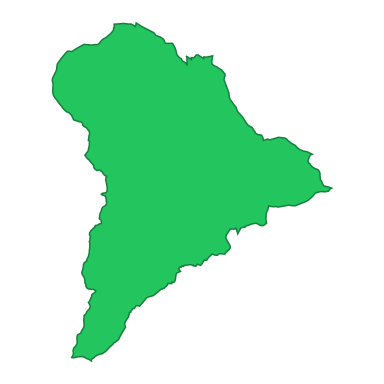 Toplita, Harghita, Romania (Equal Earth projection)
{"feature_id": "2599482B58204305263663", "entity_name": "Toplita", "entity_type": "district", "adm_level": 2, "iso_a3": "ROU", "parent_name": "Romania", "parent_adm1": "Harghita", "projection": "equal_earth", "projection_center": [25.313, 46.98], "detail": "fine", "context": "isolated", "style": "filled", "palette": "green", "viewbox_px": 384, "rotation_deg": 0, "n_neighbors": 0, "source": "geoboundaries", "source_scale": "gbopen_adm2", "svg_char_len": 5841}
<svg xmlns="http://www.w3.org/2000/svg" viewBox="0 0 384 384"><path d="M91.4,361.0L91.3,360.1L91.9,358.9L93.4,358.2L94.9,356.8L96.9,355.3L99.2,354.4L102.5,353.6L105.1,351.8L106.7,350.5L107.1,349.7L108.2,348.8L109.4,347.3L112.9,344.4L113.8,342.9L114.8,342.6L118.7,339.4L119.5,337.5L123.4,330.5L125.5,327.3L124.5,323.4L124.6,323.1L125.0,322.7L125.8,320.9L127.5,318.3L128.6,317.0L128.6,315.8L129.2,314.5L129.3,312.6L130.7,312.4L130.7,311.8L131.4,310.5L133.0,308.5L134.4,308.5L135.8,305.9L137.4,305.6L139.5,306.2L144.5,300.5L146.2,298.2L148.0,297.1L153.3,295.6L156.1,293.5L160.8,289.4L163.8,288.6L164.3,288.2L164.4,287.6L164.6,287.4L166.3,286.5L167.6,284.7L167.7,283.6L171.9,283.5L172.0,282.1L173.7,282.3L174.6,281.8L175.4,279.6L175.7,276.5L176.1,274.6L176.6,273.1L180.5,271.4L178.8,269.2L179.5,267.2L180.1,267.0L181.2,267.3L181.6,267.0L182.3,265.8L183.5,266.3L183.6,265.8L183.9,265.8L184.0,265.5L189.9,264.7L191.6,264.8L193.3,265.8L193.7,265.4L194.2,265.9L195.5,266.3L196.3,265.8L197.4,264.2L200.5,265.4L201.4,264.5L203.6,261.4L203.6,260.9L203.9,260.2L204.2,260.0L204.4,260.3L206.5,260.2L206.8,259.7L207.0,259.8L208.6,257.4L210.4,255.7L210.8,255.7L211.1,254.9L211.7,254.3L213.0,254.2L214.5,255.0L217.2,255.4L218.6,254.1L219.4,253.7L224.8,254.1L225.7,253.0L225.9,252.4L227.1,251.7L227.3,251.2L229.2,249.6L230.1,248.1L230.3,247.0L229.6,244.9L226.8,240.1L225.7,237.4L226.4,235.5L226.3,234.7L227.9,233.0L228.7,231.1L229.6,230.3L230.1,229.0L234.9,229.1L235.9,228.2L236.6,229.3L237.0,231.6L237.5,232.5L237.8,233.8L239.7,230.0L240.1,229.6L240.3,228.6L241.4,227.7L242.6,227.3L244.4,227.3L245.7,226.8L246.0,226.0L246.7,225.7L247.8,225.5L251.8,223.9L253.7,223.7L255.2,223.3L256.4,223.3L260.5,225.5L262.1,225.7L263.6,225.5L266.6,223.1L265.9,220.0L266.2,213.1L267.8,209.7L268.7,205.8L271.5,206.5L274.3,206.8L275.9,206.4L277.5,207.0L278.7,207.0L289.4,205.0L290.9,205.6L293.8,205.8L295.5,205.7L304.8,202.0L308.3,200.2L312.1,196.9L315.4,193.0L319.7,191.8L321.4,191.6L325.1,191.8L328.4,191.2L329.3,190.3L330.0,189.0L331.7,188.2L328.3,186.9L326.9,186.7L323.7,185.8L322.8,184.3L321.4,180.8L320.3,179.9L320.4,179.6L320.0,175.4L320.0,173.2L318.6,170.2L318.2,169.8L314.4,168.3L312.4,167.0L310.5,164.9L310.1,163.9L308.4,162.8L308.0,161.5L308.1,160.8L309.4,156.5L310.1,155.4L311.1,154.6L312.2,154.2L307.0,151.7L303.0,151.0L299.0,149.1L297.3,147.7L295.3,145.4L291.0,143.1L289.5,141.6L289.1,141.5L287.4,140.0L287.0,139.3L284.9,138.0L278.5,137.3L272.2,139.2L269.4,139.8L267.3,139.0L266.7,139.5L263.5,140.4L262.8,138.5L263.1,138.3L262.3,136.4L261.4,135.0L258.3,134.8L255.1,132.9L255.0,131.7L253.6,130.0L252.3,127.6L248.7,125.6L247.6,124.7L245.6,121.9L242.7,117.2L237.5,111.4L235.9,107.0L233.8,104.6L230.5,99.9L229.3,97.3L229.3,96.1L228.9,94.3L228.9,92.8L224.0,79.8L224.5,76.9L225.1,76.0L224.9,74.9L225.0,74.0L224.2,73.1L223.4,72.6L223.3,72.0L222.0,70.7L222.0,70.2L219.1,68.5L218.5,68.4L218.0,67.6L216.8,66.8L214.5,65.9L212.3,64.4L211.9,63.4L211.8,61.9L212.3,57.7L212.7,56.1L212.7,55.8L208.5,56.8L205.7,57.2L204.0,56.8L203.7,58.5L198.1,55.0L196.4,54.9L193.9,57.7L191.2,57.6L191.4,59.7L186.1,55.9L186.9,57.3L187.2,65.5L185.7,62.9L183.1,61.4L181.9,60.1L181.3,58.6L179.7,57.8L177.9,56.0L176.9,54.6L176.1,51.1L175.0,47.7L172.6,43.5L171.9,43.3L165.7,43.4L164.8,42.5L164.1,40.0L162.7,38.6L160.4,37.1L156.2,35.6L155.4,34.9L154.5,33.4L153.6,32.6L141.9,26.6L136.2,23.0L135.5,26.4L134.9,26.4L134.2,25.7L131.1,24.0L128.7,24.1L123.5,23.4L121.1,23.7L114.1,24.2L114.3,25.4L114.2,26.9L113.6,28.0L113.5,29.8L112.9,31.0L110.5,33.7L105.8,37.7L103.5,38.9L102.4,39.7L100.9,41.2L99.1,43.5L98.1,44.2L96.7,44.7L94.8,44.5L92.0,45.1L83.9,44.4L76.5,48.5L72.0,51.4L70.8,51.5L69.2,51.1L67.4,51.3L65.8,52.9L61.0,58.7L57.5,63.7L57.1,65.1L56.6,69.2L56.1,71.0L52.7,77.8L52.3,79.5L52.3,80.5L53.1,84.3L52.7,91.2L53.2,94.6L54.1,96.5L55.4,98.4L56.2,99.3L59.7,104.2L61.5,106.1L62.5,107.7L64.0,109.5L66.6,111.8L68.3,112.4L69.4,113.1L71.7,115.4L73.4,119.4L74.5,120.4L75.4,120.4L79.2,121.7L80.5,121.8L81.3,122.1L82.2,122.9L82.6,123.8L82.8,125.3L84.0,126.5L86.2,127.5L88.8,130.7L89.3,131.8L89.6,133.0L89.5,134.3L89.0,135.6L88.7,138.3L88.3,140.3L89.2,141.1L89.4,141.6L89.3,145.4L88.5,148.7L88.4,150.0L87.9,151.2L84.9,155.2L87.3,158.5L89.1,160.0L90.5,161.9L93.6,165.4L93.9,166.0L93.7,167.0L94.0,167.9L94.9,169.1L96.6,170.4L97.7,170.5L99.3,170.0L99.8,170.1L102.1,171.9L102.6,172.5L103.1,173.6L105.1,175.7L106.7,176.3L105.8,178.3L105.7,180.0L106.1,181.4L106.1,182.2L106.7,183.9L106.6,184.9L107.1,186.3L107.2,188.4L107.0,191.5L105.8,192.8L103.1,193.1L101.8,193.7L101.3,194.2L102.0,194.9L105.3,196.0L106.0,197.8L106.0,198.8L106.3,199.7L106.2,200.7L106.7,203.0L106.2,204.5L105.2,205.7L103.1,206.9L102.6,207.5L101.8,208.8L101.0,211.8L100.3,212.8L99.6,215.6L99.6,217.0L99.3,218.0L99.4,218.9L99.8,219.4L100.8,220.0L101.1,220.4L101.3,221.0L101.4,223.5L99.2,224.0L97.2,225.2L95.3,225.5L95.1,226.2L95.4,226.3L95.4,226.5L94.4,227.7L92.9,228.6L92.8,229.1L91.5,230.0L91.5,230.3L90.4,231.4L89.7,232.6L89.4,234.5L89.9,235.7L90.5,236.7L90.5,237.0L89.9,237.8L90.1,239.7L89.3,241.4L89.9,244.0L89.7,245.1L89.7,248.2L89.4,249.7L89.1,254.0L88.6,255.0L88.5,256.2L86.9,259.3L86.5,261.3L84.4,262.5L83.5,264.5L83.1,268.1L81.8,272.5L82.2,274.4L84.0,277.2L84.7,279.0L85.0,283.0L85.1,283.6L85.8,284.4L85.9,286.1L86.3,287.1L87.3,288.3L88.6,289.0L93.9,289.5L95.6,290.8L95.8,291.1L94.7,292.6L91.9,294.5L91.7,295.0L91.6,297.0L91.1,297.5L90.4,299.4L89.7,300.5L89.5,301.4L88.4,302.4L89.9,305.1L90.2,306.7L89.3,308.9L86.6,312.0L86.2,313.5L84.1,315.4L84.1,317.5L83.7,320.2L84.0,322.9L84.1,325.6L83.8,326.9L83.4,328.0L81.5,331.0L81.2,332.1L80.8,332.9L80.1,333.5L77.9,334.6L77.2,335.7L76.9,337.6L77.2,343.2L75.9,345.8L74.0,347.8L73.6,348.5L73.0,350.7L73.4,352.8L73.3,354.3L72.7,355.8L71.7,357.3L71.9,357.7L74.0,357.7L75.3,357.5L77.3,356.8L81.5,356.6L83.6,356.8L86.5,358.5L88.8,359.3L91.4,361.0Z" fill="#22c55e" stroke="#15803d" stroke-width="1.5"/></svg>